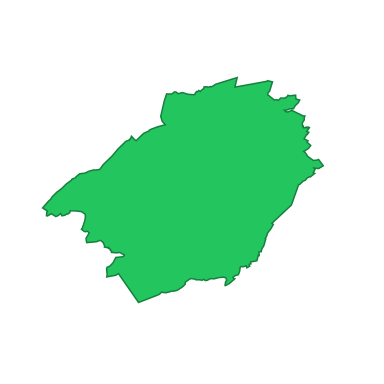 outline of Mullingar Lea-6, Westmeath, Ireland, rotated 151°
{"feature_id": "5873133B77871835478253", "entity_name": "Mullingar Lea-6", "entity_type": "district", "adm_level": 2, "iso_a3": "IRL", "parent_name": "Ireland", "parent_adm1": "Westmeath", "projection": "equal_earth", "projection_center": [-7.319, 53.526], "detail": "fine", "context": "isolated", "style": "filled", "palette": "green", "viewbox_px": 384, "rotation_deg": 151, "n_neighbors": 0, "source": "geoboundaries", "source_scale": "gbopen_adm2", "svg_char_len": 3119}
<svg xmlns="http://www.w3.org/2000/svg" viewBox="0 0 384 384"><g transform="rotate(151 192 192)"><path d="M111.4,132.4L95.2,146.7L94.1,146.4L89.6,147.6L87.2,147.3L84.4,148.5L81.8,148.3L81.2,147.8L75.6,148.8L76.6,150.1L73.5,152.1L73.7,153.8L69.8,151.1L64.5,151.3L65.5,159.1L67.2,159.3L70.6,160.8L73.5,167.0L73.9,171.9L74.6,173.3L69.1,173.6L65.6,175.1L67.3,179.8L65.7,180.5L68.2,184.1L63.9,186.7L63.4,186.3L61.2,187.4L60.9,187.6L62.4,189.3L58.1,191.3L59.0,192.7L60.1,192.2L60.7,193.5L61.9,193.3L63.5,194.3L62.7,195.6L63.3,195.9L62.1,198.9L58.9,200.6L58.0,202.3L56.4,203.8L57.9,204.6L65.1,215.0L69.4,215.5L71.2,217.0L70.9,217.7L71.4,218.6L69.1,217.7L66.0,217.3L62.9,215.6L60.0,217.4L55.9,218.5L53.2,220.2L56.0,223.0L54.4,226.5L60.1,228.8L61.1,230.1L62.7,229.2L64.8,229.2L64.9,228.9L68.9,231.2L72.1,230.3L72.9,231.5L75.4,232.6L78.6,240.4L77.0,242.2L75.4,242.4L68.2,249.3L72.0,252.8L72.8,252.5L75.5,253.4L103.6,262.9L97.0,270.2L119.2,274.8L123.9,274.4L124.6,275.3L127.1,275.8L127.9,276.8L130.5,278.1L131.4,276.9L135.0,276.3L136.0,275.8L136.8,277.5L138.6,277.0L139.3,277.7L141.5,276.7L141.8,276.0L143.1,276.1L148.1,279.4L152.3,283.7L156.5,284.7L157.4,287.1L158.2,287.7L159.1,288.1L162.1,287.4L166.7,290.1L172.0,285.2L182.7,273.3L183.8,268.3L182.8,263.8L190.5,265.7L197.1,266.7L199.6,266.7L200.2,266.3L206.0,266.7L216.0,264.0L216.9,265.9L217.9,270.1L220.2,268.2L221.1,268.4L221.8,267.8L225.3,268.4L235.9,265.5L244.4,262.2L256.1,259.1L261.7,256.5L266.2,258.1L266.9,258.9L272.3,260.2L276.4,260.4L281.4,262.4L285.8,261.6L287.3,260.9L290.6,261.5L291.7,260.8L297.9,260.0L304.7,258.1L310.2,257.4L316.6,255.6L319.1,254.2L321.8,253.6L330.4,250.5L327.7,245.4L328.8,244.7L330.8,241.8L330.0,241.1L325.5,241.2L323.0,236.5L320.6,236.3L317.4,236.8L317.4,234.3L314.6,233.3L312.7,233.5L311.1,232.9L308.8,233.2L307.8,234.7L302.4,231.5L298.0,228.2L296.2,224.2L297.3,222.0L299.5,219.0L305.2,213.8L306.8,213.0L305.3,209.6L304.4,208.9L302.5,208.3L301.7,206.2L307.3,202.7L308.7,198.8L299.7,194.8L296.1,194.3L295.2,193.7L294.2,190.6L294.6,187.1L295.3,186.3L293.1,184.4L291.8,184.0L292.4,183.1L291.1,181.4L291.7,180.4L291.0,179.1L291.7,178.2L287.6,175.4L284.5,174.1L281.7,169.6L282.4,169.1L284.1,169.0L290.4,171.7L295.2,168.5L299.6,167.0L302.8,167.3L304.0,166.2L306.3,160.8L307.8,159.1L299.0,156.1L295.9,156.3L292.3,121.3L270.4,118.3L267.3,119.1L263.7,116.5L257.2,114.9L256.0,114.1L253.1,113.3L250.4,113.2L249.3,113.6L248.0,113.4L245.3,113.8L242.6,114.7L241.6,116.4L235.3,117.0L231.9,114.6L231.0,113.2L228.0,111.6L225.9,109.9L224.0,109.9L223.3,108.1L221.6,107.4L217.7,107.2L214.7,105.3L210.2,104.2L205.5,102.1L204.1,100.6L204.3,98.0L206.1,97.2L208.0,94.9L208.4,94.1L208.0,93.9L203.5,93.9L197.2,95.2L196.8,95.3L197.5,95.8L197.6,97.4L196.7,97.6L194.9,97.9L191.5,97.2L188.7,99.6L186.4,102.8L185.4,103.1L183.5,101.8L180.3,101.1L180.8,99.1L177.5,99.1L177.1,101.0L175.3,100.6L174.6,102.4L168.6,100.4L164.8,104.4L164.2,103.8L163.5,104.6L162.8,107.0L161.2,106.7L160.5,106.2L158.4,108.4L155.2,110.2L150.2,115.2L150.5,115.8L147.9,117.4L146.0,119.3L140.7,121.7L136.6,124.2L137.3,125.9L111.4,132.4Z" fill="#22c55e" stroke="#15803d" stroke-width="1.5"/></g></svg>